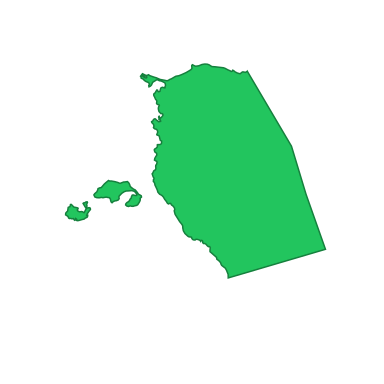 Sharm el-Sheikh, Janub Sina', Egypt, rotated 144°
{"feature_id": "37247803B39887765706268", "entity_name": "Sharm el-Sheikh", "entity_type": "district", "adm_level": 2, "iso_a3": "EGY", "parent_name": "Egypt", "parent_adm1": "Janub Sina'", "projection": "natural_earth1", "projection_center": [34.42, 28.077], "detail": "fine", "context": "isolated", "style": "filled", "palette": "green", "viewbox_px": 384, "rotation_deg": 144, "n_neighbors": 0, "source": "geoboundaries", "source_scale": "gbopen_adm2", "svg_char_len": 5852}
<svg xmlns="http://www.w3.org/2000/svg" viewBox="0 0 384 384"><g transform="rotate(144 192 192)"><path d="M76.3,257.2L76.5,257.1L78.5,257.4L79.7,258.8L80.7,259.5L83.6,259.4L85.4,261.6L85.9,262.7L86.4,263.4L87.0,265.8L87.5,266.6L88.5,266.1L89.5,266.5L90.0,267.8L91.1,269.6L92.6,272.7L93.6,274.1L99.8,279.8L102.2,281.8L103.5,285.0L104.6,286.5L106.6,288.1L109.0,289.3L112.3,290.1L115.1,291.6L115.9,292.8L116.8,294.7L117.7,294.6L118.1,294.2L118.6,293.4L119.3,292.1L120.8,291.6L122.7,291.7L126.7,292.1L131.1,293.0L132.3,293.3L134.3,293.8L136.9,295.1L138.3,295.3L142.3,295.7L143.5,296.1L146.0,296.3L147.1,296.9L148.3,298.3L150.4,300.5L151.7,301.9L153.7,305.3L155.3,307.4L157.8,311.0L158.2,312.4L159.1,312.6L160.2,312.9L161.2,314.2L162.5,316.8L163.6,316.5L163.4,315.5L162.8,314.1L161.7,313.3L160.8,312.2L161.3,311.2L162.1,311.2L163.0,312.3L163.9,314.7L164.5,316.2L165.6,315.9L165.5,315.2L166.2,314.1L165.8,313.2L165.1,312.0L165.0,310.3L164.2,308.2L163.1,306.6L162.8,305.2L163.1,304.2L164.3,303.7L165.0,302.4L164.5,302.2L163.3,302.1L161.8,302.4L160.5,303.2L159.4,303.8L158.3,303.8L155.9,303.6L154.8,303.6L154.0,303.1L153.0,301.2L151.6,299.8L149.9,296.6L149.9,295.5L150.8,293.8L151.4,293.3L152.2,292.9L152.5,292.2L153.2,292.5L154.2,294.0L155.6,294.5L156.5,294.2L157.6,293.3L158.7,292.3L160.0,292.6L160.4,293.5L160.0,294.6L160.4,295.2L161.8,294.7L163.1,294.1L163.9,293.8L164.8,293.9L165.5,293.6L166.1,292.7L166.3,292.0L166.3,291.7L166.4,291.0L166.7,289.6L167.0,288.4L166.8,287.7L167.0,286.2L167.8,285.4L168.6,284.5L168.6,283.5L168.2,282.8L167.5,282.1L167.6,281.2L168.7,280.7L169.7,279.9L170.4,279.0L171.3,276.9L171.4,276.2L171.1,273.7L170.0,272.9L169.9,272.0L170.5,271.1L171.6,270.7L173.0,270.3L174.3,270.3L174.3,271.2L174.1,272.6L174.6,272.5L175.0,272.2L175.2,271.3L176.1,270.1L175.9,269.5L175.3,269.0L175.5,268.2L175.7,267.7L176.5,267.8L177.8,268.6L178.0,269.9L178.5,270.9L178.6,272.6L179.5,273.3L180.7,273.2L182.0,272.5L182.5,272.6L183.3,272.7L183.6,272.2L183.7,271.5L183.4,269.6L183.7,268.4L184.2,267.5L185.3,266.8L185.3,266.0L184.9,264.7L184.0,263.8L183.8,262.2L184.5,260.6L185.9,259.7L186.8,259.1L186.8,258.7L186.1,257.7L185.6,256.5L186.6,254.3L187.3,252.3L186.6,251.2L187.1,250.4L188.3,249.1L189.7,249.1L190.8,249.7L191.8,250.5L192.5,250.5L192.7,249.9L193.7,248.8L195.5,248.5L196.5,248.7L197.5,248.5L198.0,247.8L198.3,246.9L198.5,246.1L197.9,244.3L198.2,243.4L198.9,242.5L200.4,242.0L202.3,241.1L203.6,239.9L203.0,238.4L202.5,237.5L202.8,236.6L204.5,235.1L205.5,235.0L206.4,234.0L206.8,233.2L207.6,232.0L208.9,231.4L209.8,231.6L210.8,231.5L211.6,230.9L213.2,230.1L213.6,230.1L214.5,227.1L214.6,225.6L215.1,224.9L215.9,224.7L217.1,223.2L216.9,222.2L217.1,221.0L217.9,219.3L218.4,216.5L218.9,214.1L219.7,211.9L219.5,209.3L218.4,207.0L218.1,204.8L218.4,202.2L218.3,199.4L218.5,197.2L218.0,196.1L217.0,196.0L216.0,195.3L216.2,193.5L215.7,192.4L215.5,189.6L216.3,187.9L217.4,187.3L217.9,186.2L218.8,183.8L219.1,179.3L219.4,175.2L219.2,171.5L219.5,170.0L220.6,168.3L221.8,165.7L222.1,162.5L221.3,158.5L220.7,157.3L220.0,156.9L219.0,155.7L219.4,154.7L219.4,153.2L218.6,152.0L217.6,151.3L217.1,151.5L216.3,151.2L215.3,150.3L214.0,148.4L214.0,146.9L213.6,147.1L212.9,147.4L212.2,146.6L212.5,145.5L213.1,144.7L213.0,143.6L212.0,142.9L211.4,141.7L211.2,139.3L210.9,138.2L209.8,137.4L210.0,136.1L210.8,135.3L211.6,134.4L212.5,133.1L212.1,131.5L211.5,128.7L210.6,124.7L211.4,123.0L210.7,120.8L210.4,118.1L211.0,116.3L211.1,115.2L210.5,113.0L209.8,110.8L210.1,108.4L211.2,104.1L213.2,101.2L117.7,67.2L101.1,123.1L84.6,170.6L76.3,257.2ZM238.1,216.6L237.7,217.4L236.6,217.5L236.4,217.5L235.8,217.6L235.3,218.8L235.9,220.3L236.6,221.6L236.5,223.8L236.7,227.0L237.7,228.9L238.4,231.4L238.7,232.8L238.0,234.9L237.8,236.7L238.1,238.4L239.5,239.1L240.6,239.7L241.5,240.3L243.4,240.8L245.2,241.3L246.4,243.3L248.3,245.7L250.7,248.2L252.2,249.3L252.8,250.4L256.2,250.2L258.2,250.0L262.8,248.9L263.9,249.5L266.0,250.0L266.9,249.2L268.8,248.1L271.8,247.8L273.1,247.3L273.5,245.0L272.3,243.3L270.4,241.8L269.6,241.4L268.5,240.9L267.4,239.7L265.4,238.8L264.4,238.3L263.1,236.8L262.1,235.9L262.2,234.3L263.0,232.5L263.3,231.3L263.0,230.3L261.5,230.5L259.7,230.2L258.3,229.4L256.4,228.9L255.9,229.1L255.3,229.2L255.1,229.3L254.8,229.5L254.5,230.1L254.1,230.9L253.4,231.5L249.6,232.2L246.8,232.1L244.7,231.5L242.7,230.2L241.2,229.3L239.9,228.5L238.5,226.8L238.1,225.8L238.0,223.5L238.1,222.5L238.7,221.8L239.3,222.0L240.3,222.9L241.1,224.0L242.1,224.6L243.2,224.1L244.0,223.6L245.0,222.7L246.0,222.7L247.5,221.9L248.9,221.5L250.7,221.7L252.3,221.4L253.3,220.6L253.0,219.0L251.9,217.6L250.1,217.1L249.3,216.0L248.0,215.0L246.5,214.5L244.7,213.7L243.4,213.6L241.6,214.3L240.2,214.9L239.0,215.6L238.1,216.6ZM285.0,246.3L286.2,246.9L286.7,246.8L286.8,246.8L287.0,245.3L287.0,245.0L287.2,242.8L287.2,242.4L287.3,241.8L287.3,240.6L288.4,240.2L289.8,239.5L290.7,238.9L291.0,238.8L291.5,238.7L292.1,240.2L292.8,241.1L294.6,242.0L295.5,243.6L295.4,244.9L294.1,245.4L294.0,245.6L293.7,245.8L294.1,246.7L295.1,247.8L295.9,248.7L296.3,249.0L296.6,250.3L296.8,252.0L297.1,253.1L297.7,253.3L298.3,252.7L299.3,251.9L300.1,252.1L301.2,252.3L302.6,250.9L302.9,250.6L303.2,250.3L304.0,249.6L305.2,249.5L306.6,249.1L307.7,247.8L307.1,246.3L306.7,245.1L307.1,243.5L306.8,242.6L305.5,241.8L305.2,241.3L305.0,240.9L304.5,240.6L304.0,240.5L303.5,240.2L303.7,238.9L303.5,238.0L302.8,237.9L302.1,238.7L302.0,238.8L301.7,239.0L301.4,238.1L301.4,237.4L302.0,236.7L301.5,236.1L300.4,235.5L299.8,235.3L298.2,234.7L297.3,234.4L295.2,233.5L293.5,233.6L291.9,233.2L291.0,233.5L290.1,234.4L290.5,234.6L291.0,234.9L290.0,235.7L287.7,236.6L286.2,237.1L285.2,237.3L284.4,237.6L283.8,238.7L284.4,239.8L285.0,240.1L285.9,240.4L286.6,241.4L285.9,241.8L285.1,242.5L284.7,243.8L284.0,244.2L283.1,244.8L282.7,245.0L282.6,245.7L283.7,246.3L284.9,246.3L285.0,246.3Z" fill="#22c55e" stroke="#15803d" stroke-width="1.5"/></g></svg>